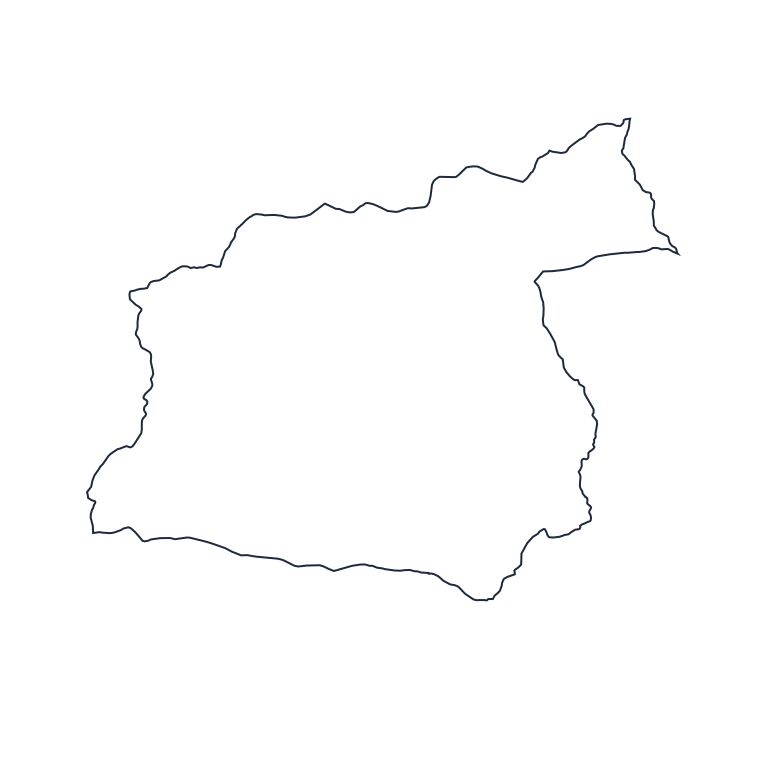 outline of La Merced, Caldas, Colombia, rotated 262°
{"feature_id": "7082276B22025402112041", "entity_name": "La Merced", "entity_type": "district", "adm_level": 2, "iso_a3": "COL", "parent_name": "Colombia", "parent_adm1": "Caldas", "projection": "albers", "projection_center": [-75.549, 5.392], "detail": "fine", "context": "isolated", "style": "outline", "palette": "slate", "viewbox_px": 768, "rotation_deg": 262, "n_neighbors": 0, "source": "geoboundaries", "source_scale": "gbopen_adm2", "svg_char_len": 6142}
<svg xmlns="http://www.w3.org/2000/svg" viewBox="0 0 768 768"><g transform="rotate(262 384 384)"><path d="M612.5,664.7L612.6,660.2L612.1,658.4L611.6,657.9L610.3,657.8L609.1,657.2L606.9,654.5L606.7,653.5L607.4,649.9L608.8,647.9L610.0,644.9L610.8,640.8L610.7,632.0L607.5,626.6L605.5,622.1L603.8,620.0L601.2,617.6L599.7,614.3L599.1,612.2L594.6,603.9L592.3,600.2L588.8,597.1L588.2,595.6L588.1,591.6L590.6,583.2L592.1,580.3L589.9,578.6L587.2,572.4L586.8,570.3L585.6,567.8L580.1,564.4L577.1,563.2L573.6,560.7L572.6,558.9L568.1,554.6L565.1,550.3L564.9,549.4L565.8,547.0L571.1,535.0L573.6,528.4L577.7,519.7L581.0,514.6L583.4,511.6L585.8,507.9L586.4,506.6L587.1,502.7L587.2,498.9L586.9,495.5L581.0,487.5L579.1,484.3L579.0,482.9L581.4,468.1L581.3,467.2L579.7,463.8L578.2,461.7L577.2,460.9L574.7,459.3L563.7,456.3L557.5,453.9L554.5,451.3L553.5,448.8L554.0,435.5L554.5,434.0L554.7,431.5L552.8,422.7L552.7,420.0L554.9,411.6L561.1,402.5L563.7,398.0L565.5,393.3L565.6,390.8L564.1,388.2L563.0,385.0L558.8,378.6L558.5,377.8L558.6,374.7L559.1,372.5L560.2,369.7L563.6,364.0L564.1,360.8L570.7,350.9L570.7,350.2L562.1,334.7L561.0,329.2L561.1,319.4L561.5,316.5L562.4,311.9L563.4,309.1L564.7,306.6L566.7,298.8L567.7,289.3L568.7,286.8L569.9,281.9L570.0,280.3L569.6,278.0L568.3,275.7L568.0,274.4L565.4,270.0L562.2,265.9L558.2,260.0L553.5,257.4L551.7,257.2L549.3,255.9L545.2,251.9L543.7,251.3L541.3,249.6L537.9,245.4L536.9,244.8L531.7,242.3L528.9,240.4L525.0,239.0L523.1,238.0L523.3,234.6L526.0,229.1L526.1,228.1L526.2,226.6L524.6,221.4L524.7,219.8L525.2,218.2L524.9,214.7L526.0,212.3L525.7,208.7L527.2,206.6L527.9,205.0L528.6,200.9L528.3,199.2L526.9,195.5L525.3,192.3L523.9,187.7L521.7,184.3L521.0,183.8L517.9,175.9L518.0,170.2L517.4,167.5L517.0,166.6L515.5,165.3L512.0,162.9L511.8,159.0L512.1,156.6L511.7,151.9L511.3,150.8L511.0,145.7L509.8,144.9L507.3,144.3L503.2,144.2L496.8,149.4L495.1,151.6L492.1,154.2L490.5,153.9L488.3,151.7L486.4,150.4L479.8,148.6L474.8,147.9L472.5,147.2L470.6,146.0L468.4,145.2L467.0,145.3L463.5,147.3L460.7,148.1L457.7,148.0L454.1,149.0L452.6,150.5L451.7,152.0L448.0,156.6L445.7,157.3L443.8,157.3L438.7,156.2L429.4,156.9L426.1,156.9L423.3,155.4L421.8,154.1L420.9,153.8L416.7,154.5L415.2,154.5L413.8,153.9L411.6,152.1L407.4,146.2L405.2,144.4L404.0,143.9L402.5,144.5L401.1,146.4L399.5,147.2L397.2,146.6L394.7,143.6L393.8,143.2L392.1,142.8L391.0,142.8L388.2,144.1L387.2,144.1L385.9,143.5L383.5,140.6L381.9,139.5L379.4,138.8L372.6,137.8L369.1,136.8L359.4,128.5L357.2,126.1L356.6,124.5L356.7,123.4L357.9,121.3L358.3,120.0L356.8,113.6L356.5,111.0L352.9,103.7L351.1,101.2L343.7,94.3L341.6,91.5L338.8,89.3L334.1,84.8L329.1,81.9L322.9,79.7L318.3,74.9L315.4,75.2L312.3,75.2L309.5,78.5L308.1,81.5L307.3,81.7L306.2,81.4L304.7,80.0L301.3,78.5L300.1,77.4L296.1,75.6L292.7,74.9L284.0,75.9L276.9,75.2L276.9,82.0L276.1,83.9L274.4,92.1L274.4,95.5L275.9,103.2L277.1,105.5L277.7,111.0L276.4,113.2L271.8,117.1L264.0,122.1L262.5,122.8L261.5,125.1L261.6,128.5L262.5,131.6L262.5,141.0L261.3,150.5L259.4,155.6L259.4,167.7L258.8,170.4L253.3,184.2L251.1,189.2L246.7,197.9L243.5,204.0L239.1,210.1L234.2,218.7L233.5,225.1L232.0,229.4L230.6,234.3L226.0,253.7L224.8,257.2L223.3,260.2L216.5,269.9L215.2,273.7L215.0,281.9L213.5,295.0L211.9,298.5L208.4,303.8L205.8,308.4L208.4,327.0L208.5,335.3L208.0,339.9L206.0,344.4L205.5,347.4L203.1,351.5L201.6,356.8L200.6,359.0L197.9,368.4L196.8,374.2L196.8,378.4L196.3,383.6L194.3,388.2L194.0,390.2L193.1,392.8L192.1,394.6L190.7,401.8L189.9,401.8L189.8,404.3L188.7,407.2L185.8,411.3L180.9,415.4L176.3,421.7L175.0,425.8L173.8,428.2L172.3,429.9L165.0,435.1L158.3,442.5L157.2,444.9L156.1,453.1L155.4,455.8L156.6,457.4L155.9,461.8L159.1,464.2L161.4,468.0L163.2,470.0L167.4,472.3L170.7,473.3L174.0,475.3L174.8,476.6L175.9,479.7L177.3,487.0L178.7,487.2L180.8,487.0L181.7,487.7L183.7,491.6L185.6,494.1L186.1,494.6L188.2,495.1L196.9,496.5L206.6,503.8L212.0,510.3L214.3,515.7L216.2,517.4L218.1,521.7L217.9,523.0L217.1,523.4L214.4,524.3L211.6,524.9L210.1,525.6L209.2,526.4L208.4,530.5L208.3,536.8L209.4,542.3L209.5,545.9L211.2,548.6L213.1,553.1L213.1,556.8L213.5,557.7L214.6,558.4L216.3,558.5L217.5,560.9L217.9,563.0L218.8,565.7L219.5,569.0L220.2,569.7L222.8,570.4L225.5,570.3L227.5,569.4L228.8,569.4L230.0,569.9L232.3,571.8L234.0,571.6L236.8,569.0L237.6,568.6L240.6,569.3L242.5,569.3L242.5,569.0L244.3,568.0L244.3,567.5L247.6,565.7L248.4,565.4L250.2,565.4L253.8,563.9L255.5,563.8L258.9,564.3L264.6,565.7L266.5,565.6L269.9,564.6L272.0,566.5L274.3,568.0L275.9,568.5L280.0,568.8L281.4,569.6L282.1,571.2L282.0,572.1L281.3,573.5L281.4,574.5L281.8,575.3L282.4,575.9L283.5,576.3L287.2,576.8L288.6,578.3L289.0,579.5L290.8,582.5L292.3,583.6L294.5,582.7L295.4,582.7L296.6,583.9L297.5,584.2L299.4,584.1L299.8,584.3L301.5,586.0L302.2,586.3L305.2,586.4L314.3,589.4L317.9,589.6L323.6,586.2L324.6,586.2L326.3,587.5L328.3,587.9L330.2,587.9L345.3,581.7L346.8,581.3L349.4,581.3L352.2,581.8L353.6,581.3L356.5,577.5L360.9,576.6L361.3,573.4L362.6,571.8L365.7,569.2L370.3,566.3L375.1,564.4L383.7,564.4L385.1,563.0L388.6,560.6L393.9,559.7L401.8,558.9L411.0,555.4L416.8,552.7L419.8,550.2L423.9,550.1L426.9,550.5L428.7,551.2L436.4,552.6L442.7,553.0L446.9,552.1L449.8,551.8L452.8,551.8L457.8,551.1L460.0,550.2L464.3,547.4L464.8,547.5L467.6,551.0L473.3,557.2L472.3,566.5L472.0,577.1L472.2,583.7L473.2,591.9L473.3,595.0L474.1,598.2L478.6,606.5L480.4,611.2L480.7,613.2L481.0,625.4L480.5,640.8L480.0,644.1L479.5,653.3L479.2,654.5L479.2,661.8L480.1,666.0L481.2,668.9L481.2,670.4L480.4,674.4L478.7,677.6L478.3,683.5L477.2,685.6L474.8,688.5L472.1,693.1L473.3,692.4L477.1,692.2L477.6,691.9L478.7,691.1L480.5,688.7L482.1,687.5L484.6,686.4L490.2,685.9L491.1,684.9L496.5,677.0L498.4,675.3L500.2,674.7L503.2,673.3L508.1,673.8L514.2,673.7L516.8,674.0L518.8,674.6L521.1,675.8L525.4,676.8L527.7,676.8L530.1,674.9L531.5,674.5L534.2,674.8L535.6,674.6L536.6,673.5L537.7,669.9L540.0,667.2L545.9,665.1L551.3,661.0L554.5,661.5L562.2,661.5L566.2,659.6L569.9,658.4L572.1,656.5L576.6,653.9L578.6,652.3L579.8,652.0L581.7,652.0L582.4,652.3L584.0,653.8L594.1,656.9L597.4,659.3L599.8,660.1L602.0,661.5L604.8,662.5L609.9,663.7L612.5,664.7Z" fill="none" stroke="#1e293b" stroke-width="2"/></g></svg>